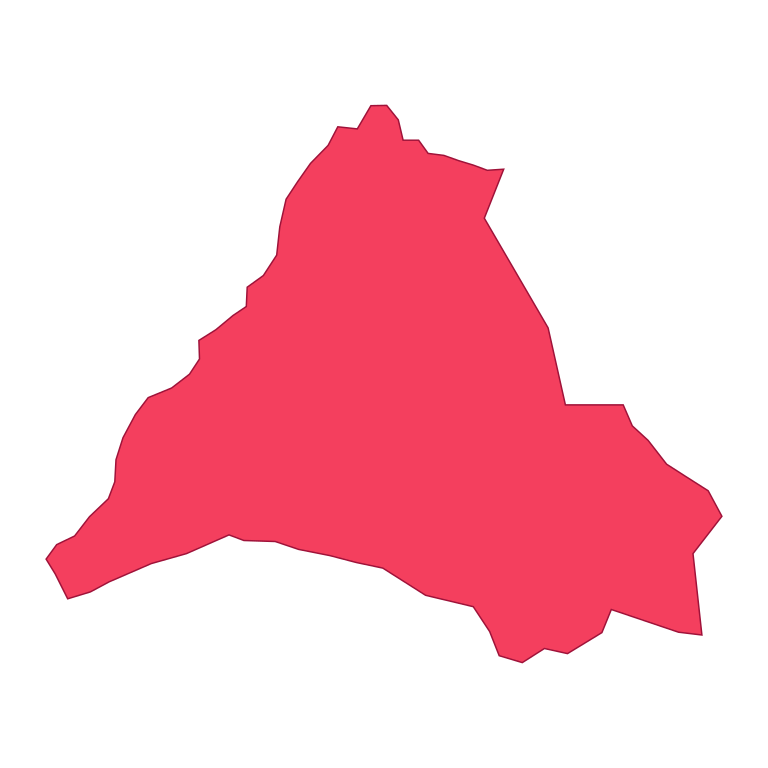 the district of Juripiranga, Paraíba, Brazil
{"feature_id": "56859067B44866664543789", "entity_name": "Juripiranga", "entity_type": "district", "adm_level": 2, "iso_a3": "BRA", "parent_name": "Brazil", "parent_adm1": "Paraíba", "projection": "robinson", "projection_center": [-35.224, -7.348], "detail": "fine", "context": "isolated", "style": "filled", "palette": "rose", "viewbox_px": 768, "rotation_deg": 0, "n_neighbors": 0, "source": "geoboundaries", "source_scale": "gbopen_adm2", "svg_char_len": 1012}
<svg xmlns="http://www.w3.org/2000/svg" viewBox="0 0 768 768"><path d="M67.7,598.8L90.4,591.9L109.0,581.9L151.2,563.6L186.5,553.6L229.0,534.9L243.9,540.5L275.2,541.5L298.6,549.4L329.9,555.6L356.3,562.5L382.8,568.1L425.6,595.3L473.3,606.7L489.7,631.6L499.2,655.7L522.3,662.6L544.4,648.5L567.5,653.6L601.9,632.6L611.3,609.5L678.5,632.2L701.9,635.0L693.0,553.6L721.9,516.3L708.2,490.8L684.8,475.9L666.6,464.2L648.1,440.4L632.3,425.9L623.2,404.9L565.4,404.9L548.1,327.9L484.3,218.2L503.7,169.2L487.3,170.3L473.3,165.1L458.5,160.6L443.9,155.4L428.1,153.4L418.6,140.2L403.1,140.2L398.3,119.9L386.7,105.4L370.9,105.7L357.3,128.9L337.8,126.8L328.1,145.4L310.5,163.4L297.7,181.6L286.1,199.2L279.8,226.8L276.7,255.1L263.4,275.5L247.2,287.2L246.3,306.5L233.0,315.5L215.9,329.7L198.9,340.4L199.5,359.0L189.5,374.2L171.6,388.0L148.2,397.6L135.4,414.5L123.0,437.7L116.0,459.7L114.8,481.8L108.4,498.7L89.5,516.7L74.6,536.0L56.7,544.6L46.1,559.1L55.2,573.9L67.7,598.8Z" fill="#f43f5e" stroke="#9f1239" stroke-width="1.5"/></svg>